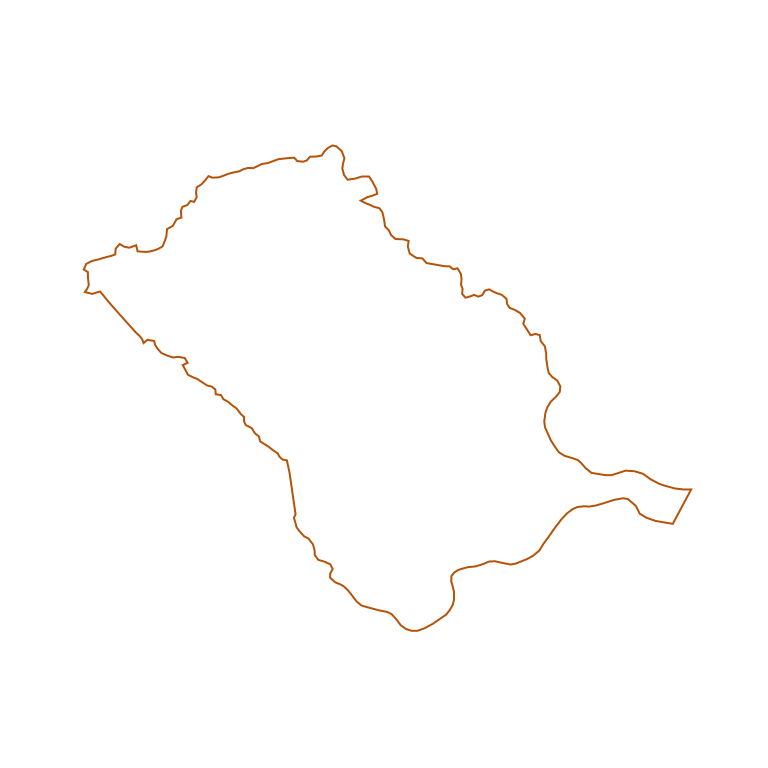 Camamu, Bahia, Brazil (orthographic projection), rotated 59°
{"feature_id": "56859067B78480965793376", "entity_name": "Camamu", "entity_type": "district", "adm_level": 2, "iso_a3": "BRA", "parent_name": "Brazil", "parent_adm1": "Bahia", "projection": "orthographic", "projection_center": [-39.173, -14.002], "detail": "fine", "context": "isolated", "style": "outline", "palette": "amber", "viewbox_px": 768, "rotation_deg": 59, "n_neighbors": 0, "source": "geoboundaries", "source_scale": "gbopen_adm2", "svg_char_len": 3705}
<svg xmlns="http://www.w3.org/2000/svg" viewBox="0 0 768 768"><g transform="rotate(59 384 384)"><path d="M652.6,208.5L632.6,175.0L628.5,181.8L623.4,188.4L615.4,196.1L611.0,199.7L602.9,204.6L594.4,208.2L587.9,214.1L582.7,221.5L579.4,235.8L576.1,241.2L567.1,251.9L559.7,254.6L553.2,255.7L549.1,257.0L544.9,260.4L538.7,266.1L532.8,269.2L526.3,269.8L518.1,270.0L504.1,268.3L498.6,265.9L492.0,260.6L488.3,256.3L485.0,250.1L483.5,243.2L481.4,237.5L476.9,234.1L470.3,233.7L464.6,236.2L459.4,237.1L454.0,235.3L446.3,232.1L441.4,229.3L434.6,226.7L427.9,227.6L422.3,225.3L419.2,228.3L417.7,233.2L411.1,233.4L404.0,233.6L400.6,229.7L393.2,230.8L388.0,233.6L383.3,237.2L378.7,237.2L374.1,235.1L368.1,237.2L364.2,240.6L360.5,243.1L357.1,245.1L355.9,249.4L358.4,254.0L357.8,258.0L354.1,260.8L353.2,265.3L352.0,269.7L347.0,270.6L342.8,267.6L338.5,266.8L334.5,263.8L329.2,261.4L322.7,261.4L321.3,265.6L316.9,267.2L314.0,271.7L302.2,285.3L296.1,286.4L292.6,291.3L285.5,294.8L278.5,292.8L274.1,289.2L270.2,292.6L265.6,299.5L260.1,301.2L254.5,300.7L249.5,302.0L244.7,299.9L239.8,298.1L235.6,296.9L231.0,297.4L227.1,301.2L223.4,303.7L219.6,306.6L214.9,309.5L215.3,301.8L216.7,296.5L217.5,292.0L212.9,290.2L204.4,289.7L198.5,289.9L194.7,296.2L193.0,303.2L190.1,310.0L184.2,310.6L177.7,308.7L174.1,305.7L170.0,301.6L162.7,300.3L155.9,302.3L153.0,305.3L152.8,310.7L154.0,315.5L156.1,319.6L154.1,325.0L151.1,330.3L152.6,335.0L151.8,338.8L148.3,343.5L143.7,344.4L140.6,350.7L136.9,358.7L136.0,363.5L134.8,369.8L132.5,375.4L132.1,380.1L131.7,384.8L128.8,389.2L127.4,394.2L127.2,398.3L125.5,403.0L123.6,409.2L122.8,414.1L121.8,419.1L118.8,424.8L115.4,427.4L117.0,431.4L118.9,437.9L118.9,443.2L123.2,446.6L127.4,448.3L130.1,453.0L127.4,455.6L129.3,460.5L128.3,465.5L130.9,468.9L137.0,471.9L135.9,476.9L139.7,483.6L139.5,490.2L145.6,494.7L149.0,498.9L152.0,503.0L151.9,507.9L151.2,511.8L149.8,516.5L148.0,520.3L143.4,526.9L137.4,525.0L136.0,532.1L132.6,535.9L127.9,538.5L129.8,544.3L134.5,547.7L133.7,551.7L132.6,555.4L131.0,561.2L130.0,565.1L128.1,571.1L127.7,577.4L131.2,582.3L135.5,580.2L141.2,583.4L147.2,586.1L149.5,589.4L151.1,593.0L156.5,587.7L158.4,579.8L162.3,579.1L171.6,577.8L189.1,574.6L212.5,570.1L216.8,568.8L220.8,568.2L225.1,569.0L224.3,564.1L228.8,558.8L232.4,560.0L236.5,560.0L242.7,558.9L248.5,554.8L252.7,551.0L254.8,546.3L259.1,541.4L264.7,541.4L264.1,546.8L269.7,547.0L275.1,547.3L279.4,544.6L283.6,541.4L289.0,538.9L294.3,536.3L297.7,532.8L301.8,531.4L306.2,533.5L309.5,529.4L314.3,529.5L318.8,526.9L324.6,524.9L328.8,523.0L336.1,522.2L340.2,520.9L343.7,523.1L347.8,523.7L353.7,520.1L360.1,520.0L364.4,518.2L369.6,519.7L374.8,517.0L378.6,515.1L383.7,513.2L388.7,510.8L392.5,511.1L396.6,509.8L399.4,506.6L411.5,510.7L450.1,526.9L452.3,530.1L456.9,531.3L461.8,532.7L466.6,532.3L473.5,530.9L477.4,528.4L484.9,527.5L490.7,529.1L495.0,531.4L500.9,530.9L505.2,526.9L510.8,522.9L516.2,523.3L518.7,527.6L522.2,530.0L528.8,528.0L533.3,524.6L536.7,522.7L542.1,521.2L546.0,520.6L551.0,520.1L556.0,519.5L562.0,517.6L566.1,513.9L569.2,510.9L575.3,505.0L581.1,498.6L585.2,496.0L591.7,494.7L599.5,493.9L605.2,491.4L609.7,487.5L612.8,482.4L614.2,475.5L614.7,465.9L614.3,459.9L613.7,449.6L611.6,443.9L608.5,438.5L604.7,434.9L598.1,431.0L592.0,429.1L588.0,428.1L583.4,425.2L581.8,421.0L581.6,416.2L582.9,411.1L584.2,406.4L587.6,399.3L589.4,391.8L590.3,385.4L593.0,380.3L598.4,374.6L604.0,368.4L605.8,363.5L607.7,351.9L608.0,344.4L606.7,336.5L603.0,329.4L599.4,320.7L595.5,312.1L591.2,301.2L589.1,293.5L588.4,287.0L589.1,281.5L591.8,275.6L594.7,271.3L597.0,265.8L598.6,260.0L601.8,246.6L604.9,238.2L608.2,234.2L618.2,230.9L626.9,231.6L633.8,227.9L641.2,221.8L652.6,208.5Z" fill="none" stroke="#b45309" stroke-width="2"/></g></svg>